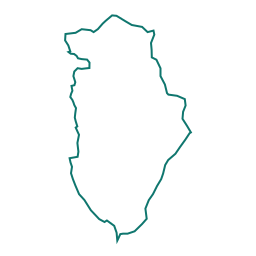 Fasoula Lemesou, Limassol, Cyprus
{"feature_id": "46923920B8912190336740", "entity_name": "Fasoula Lemesou", "entity_type": "district", "adm_level": 2, "iso_a3": "CYP", "parent_name": "Cyprus", "parent_adm1": "Limassol", "projection": "robinson", "projection_center": [33.027, 34.754], "detail": "fine", "context": "isolated", "style": "outline", "palette": "teal", "viewbox_px": 256, "rotation_deg": 0, "n_neighbors": 0, "source": "geoboundaries", "source_scale": "gbopen_adm2", "svg_char_len": 1305}
<svg xmlns="http://www.w3.org/2000/svg" viewBox="0 0 256 256"><path d="M68.5,52.0L70.7,53.7L74.1,54.0L76.6,55.9L78.0,58.3L81.7,59.1L87.1,59.6L89.5,62.6L89.4,68.0L85.7,68.4L81.6,68.9L77.6,68.2L74.3,71.5L73.4,76.1L75.3,82.2L74.4,85.2L71.5,85.9L72.4,90.8L71.1,93.8L70.3,97.0L72.4,100.0L73.5,102.6L74.2,104.8L74.7,105.8L76.0,108.1L75.3,113.1L74.8,117.6L75.7,121.2L77.3,126.4L75.7,127.6L79.0,134.8L77.4,143.0L78.4,151.7L77.6,156.8L69.6,158.2L70.5,162.4L72.0,166.8L71.0,173.2L72.9,179.1L74.8,184.0L75.3,185.3L79.1,194.2L84.4,200.0L90.9,210.3L99.2,219.1L104.5,222.0L106.9,220.5L114.2,225.8L116.6,232.7L117.3,240.6L117.9,239.4L120.3,234.1L122.8,233.7L124.5,233.7L127.5,233.7L134.6,231.3L142.0,224.1L145.7,219.9L146.7,218.8L145.4,208.6L148.8,200.1L153.0,194.1L157.0,186.1L161.2,179.1L163.1,173.6L165.2,165.0L168.2,160.0L175.4,153.8L179.9,147.2L185.3,139.7L189.6,133.2L190.9,132.4L187.1,126.0L182.5,118.8L183.1,111.8L185.6,105.5L184.8,99.1L177.1,95.8L168.4,94.6L167.0,93.1L164.9,84.5L160.5,76.1L160.5,68.3L156.4,59.7L151.8,57.4L151.6,49.6L151.0,43.0L154.3,34.6L153.5,30.6L147.6,32.1L142.1,26.9L131.8,25.0L125.5,21.3L116.5,15.8L112.1,15.4L105.7,20.8L102.7,23.6L97.9,29.1L93.6,32.1L90.6,30.2L81.7,29.2L75.6,32.8L65.5,34.0L65.1,40.4L68.3,45.4L70.3,51.4L68.5,52.0Z" fill="none" stroke="#0f766e" stroke-width="2"/></svg>